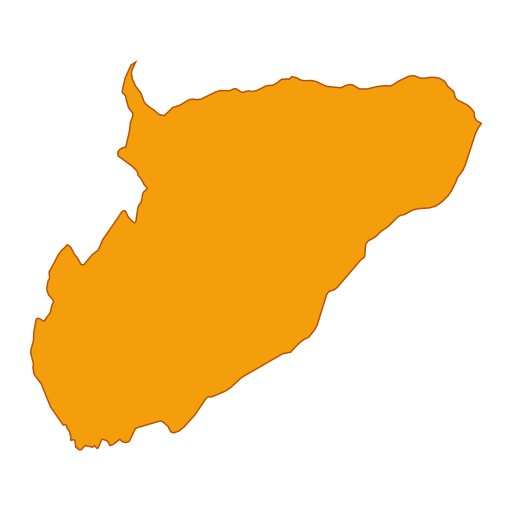 outline of Casanare
{"feature_id": "COL-1422", "entity_name": "Casanare", "entity_type": "Intendancy", "adm_level": 1, "iso_a3": "COL", "parent_name": "Colombia", "parent_adm1": "", "projection": "equal_earth", "projection_center": [-71.807, 5.325], "detail": "fine", "context": "isolated", "style": "filled", "palette": "amber", "viewbox_px": 512, "rotation_deg": 0, "n_neighbors": 0, "source": "natural_earth", "source_scale": "10m", "svg_char_len": 3547}
<svg xmlns="http://www.w3.org/2000/svg" viewBox="0 0 512 512"><path d="M135.6,62.1L132.1,69.8L131.6,72.2L131.5,74.0L132.3,78.8L135.4,85.8L140.9,93.1L144.3,102.3L146.3,104.5L148.7,106.6L154.3,110.3L158.8,114.4L162.3,115.3L164.6,115.4L172.6,107.6L180.1,105.1L188.2,100.1L191.1,99.3L194.0,99.2L196.4,99.7L200.9,99.2L216.0,91.8L219.7,90.6L230.3,90.6L233.4,89.0L235.5,88.7L236.9,89.2L240.7,91.8L242.7,92.4L247.0,91.1L249.4,90.9L252.5,91.5L256.1,90.8L261.5,88.3L263.5,87.1L265.8,86.0L268.5,85.5L272.7,85.3L277.8,82.4L281.2,79.6L282.8,79.0L284.4,79.4L286.6,78.8L289.0,79.3L291.8,76.6L296.5,77.8L300.9,80.1L304.2,80.7L311.8,80.5L316.4,81.6L326.5,86.4L339.9,87.7L341.4,87.6L344.6,86.0L347.5,85.0L350.4,84.5L352.8,85.0L358.4,88.2L359.1,88.9L366.9,89.0L377.7,86.5L385.0,85.7L390.2,86.0L393.2,84.7L399.0,80.9L408.7,76.3L412.3,75.7L415.1,76.0L419.5,77.9L421.7,78.2L425.4,78.2L429.4,77.4L434.3,77.3L437.8,77.9L439.9,78.5L444.5,81.2L445.6,82.6L447.3,85.8L448.4,87.0L452.6,90.4L453.7,91.7L454.4,93.7L454.8,95.8L455.6,98.0L457.4,100.0L466.8,104.7L469.5,106.7L472.7,110.3L473.9,112.0L474.3,113.7L474.4,117.0L476.7,120.8L481.3,123.4L478.4,127.6L475.3,133.9L465.4,164.6L463.0,170.1L457.1,178.2L456.3,181.0L451.5,190.8L448.3,195.4L443.9,200.0L439.2,203.9L435.2,206.3L429.4,207.9L418.3,208.7L413.1,209.9L404.3,214.6L401.1,215.2L398.2,216.6L389.2,225.6L379.8,232.4L377.0,235.4L374.4,237.5L368.3,240.8L366.0,243.7L365.4,247.1L364.8,256.2L363.6,258.0L361.4,259.2L336.7,288.0L334.2,289.7L328.7,291.7L326.5,295.0L317.2,325.0L314.2,330.5L312.5,332.5L308.7,337.2L306.9,338.2L305.1,338.8L302.7,340.3L298.8,343.4L292.0,350.6L290.8,352.1L282.5,353.8L241.7,377.4L230.7,387.5L224.8,391.4L212.2,396.7L210.4,396.9L208.9,396.8L207.4,397.1L206.0,398.5L195.1,414.6L184.4,426.6L179.0,431.0L173.7,432.9L170.8,431.8L169.3,429.1L168.1,426.4L162.7,421.8L161.2,421.1L159.6,421.1L137.2,427.7L135.3,428.8L129.2,441.4L126.0,442.5L122.5,441.8L119.8,439.3L113.2,444.4L109.8,445.6L108.3,442.5L107.6,441.3L105.7,440.3L103.7,439.6L102.1,439.3L101.3,440.4L98.2,447.8L97.1,448.4L96.2,447.6L95.4,446.4L94.4,445.7L94.0,446.0L93.6,446.5L93.0,447.0L92.0,447.1L86.6,445.8L85.2,445.7L84.1,446.4L82.2,448.8L81.4,449.6L79.9,449.9L78.8,449.5L75.7,447.1L75.1,441.9L74.9,440.4L73.9,439.7L72.7,439.9L71.6,440.3L70.6,440.0L70.6,438.8L70.8,437.7L70.9,436.2L70.0,434.5L70.0,433.2L69.5,431.7L67.1,428.1L66.6,426.6L66.6,425.7L66.0,425.0L65.3,424.8L63.2,425.0L50.6,407.0L41.1,383.5L34.6,375.1L33.8,373.0L32.9,367.4L33.5,364.0L30.7,353.0L31.0,349.4L33.4,341.0L33.8,332.5L36.0,320.1L36.8,318.6L38.8,318.3L44.1,321.3L47.4,316.4L49.8,313.4L50.6,311.3L51.4,306.9L53.6,301.6L52.5,299.2L49.0,295.5L47.6,292.3L46.9,289.6L47.0,287.0L47.7,282.8L48.1,281.1L48.5,280.0L49.6,278.5L49.1,271.8L50.2,270.1L58.0,255.4L60.4,251.9L62.5,249.5L64.1,248.2L67.3,244.7L70.1,246.4L71.2,248.0L74.6,254.6L77.2,257.5L81.1,264.5L83.9,264.8L92.0,254.9L97.9,250.4L99.9,246.3L102.9,239.4L118.4,217.1L121.7,211.9L123.3,210.9L124.8,210.7L125.8,211.7L126.6,213.2L127.9,216.4L128.8,217.7L131.9,220.9L133.7,222.5L134.9,222.8L135.9,221.7L137.7,208.7L138.2,206.9L139.1,204.8L140.9,202.7L141.5,200.6L142.1,198.0L142.5,194.6L143.3,192.7L144.3,191.2L145.3,190.7L147.4,188.2L144.1,184.5L140.9,178.4L138.1,175.5L137.1,171.1L131.4,165.6L118.0,155.9L117.9,152.1L118.8,150.6L120.2,149.1L122.4,147.9L125.6,147.1L126.1,145.6L129.3,131.7L130.5,122.2L132.5,117.1L132.9,113.5L128.7,107.8L127.8,105.4L127.3,102.9L126.4,100.4L125.6,95.9L124.8,94.7L122.6,93.1L122.3,91.8L122.4,89.9L125.2,77.9L131.0,65.2L135.6,62.1Z" fill="#f59e0b" stroke="#b45309" stroke-width="1.5"/></svg>